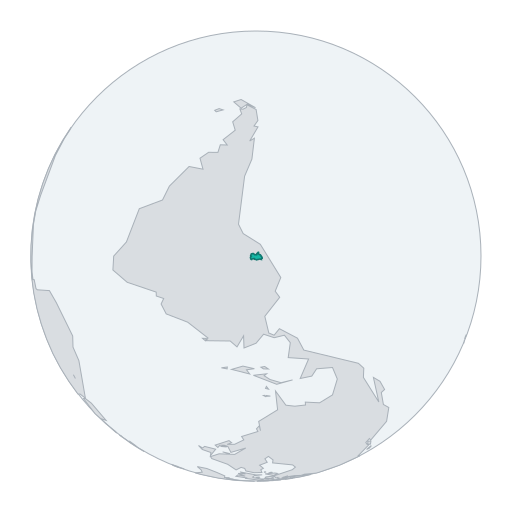 the Earth from above Junín, rotated 180°
{"feature_id": "PER-590", "entity_name": "Junín", "entity_type": "Department", "adm_level": 1, "iso_a3": "PER", "parent_name": "Peru", "parent_adm1": "", "projection": "orthographic", "projection_center": [-74.886, -11.684], "detail": "fine", "context": "on_globe", "style": "filled", "palette": "teal", "viewbox_px": 512, "rotation_deg": 180, "n_neighbors": 0, "source": "natural_earth", "source_scale": "10m", "svg_char_len": 7477}
<svg xmlns="http://www.w3.org/2000/svg" viewBox="0 0 512 512"><g transform="rotate(180 256 256)"><circle cx="256" cy="256" r="225" fill="#eef3f6" stroke="#a8b0b8"/><path d="M193.6,39.5L195.7,38.9L207.6,37.8L211.0,36.6L217.7,36.4L224.1,35.3L224.5,36.1L229.3,34.6L227.8,34.1L229.4,33.5L233.0,33.0L234.1,33.6L232.5,34.0L234.7,34.0L233.7,34.7L236.3,34.0L237.2,35.4L241.7,33.4L247.0,34.0L246.1,35.1L239.1,35.8L219.7,42.3L216.6,44.9L219.4,47.1L239.4,49.1L239.0,52.1L243.6,55.6L247.1,53.2L244.8,49.7L252.4,46.8L248.6,43.7L251.2,42.3L250.1,39.5L257.9,39.3L266.1,41.0L267.3,43.6L270.9,44.6L275.9,42.1L284.3,47.7L300.2,53.4L301.5,55.4L292.9,58.2L277.3,57.6L266.2,64.0L281.1,59.6L284.2,65.6L287.9,66.8L292.3,66.7L294.1,64.5L296.8,66.9L283.0,71.4L280.4,69.3L284.8,67.6L277.4,67.7L268.2,72.1L270.4,75.5L254.1,80.5L255.5,83.2L252.7,86.2L251.5,81.3L253.3,90.6L234.4,102.2L236.5,121.0L226.1,106.8L217.2,105.8L206.5,107.0L206.7,109.9L192.4,109.2L179.5,117.1L174.7,133.0L179.5,144.5L195.4,143.2L200.2,135.9L211.8,133.5L203.4,153.0L223.8,154.4L221.7,169.3L227.6,176.8L237.8,174.3L248.4,177.8L255.9,168.8L268.0,164.0L268.4,176.2L275.0,165.1L281.8,171.0L305.8,171.3L304.0,174.0L324.3,189.8L345.8,198.1L350.9,208.0L348.3,213.5L355.7,216.0L355.8,219.9L384.8,229.7L399.1,242.0L398.3,255.9L385.6,270.0L372.7,303.3L349.5,312.0L342.6,325.9L322.9,345.5L309.0,342.8L312.0,353.8L303.4,359.7L294.1,359.6L291.7,367.2L284.8,367.0L288.9,372.3L276.8,381.8L279.3,390.2L270.3,398.1L272.1,403.0L269.0,402.8L265.6,404.5L265.0,407.2L255.9,402.5L254.1,391.5L258.0,386.0L254.0,385.1L262.3,371.0L257.6,373.8L260.1,352.9L267.4,335.8L273.5,287.8L268.8,278.4L251.7,267.7L231.2,234.5L236.8,220.8L232.3,214.7L247.2,195.7L243.2,179.0L237.9,176.8L232.6,183.3L214.5,173.8L208.2,161.9L153.6,148.7L148.2,143.8L148.6,134.6L133.2,110.0L138.6,134.6L132.0,130.7L127.4,122.5L130.7,119.5L128.6,107.5L123.2,104.5L125.4,90.7L141.3,71.9L142.6,73.5L146.2,69.5L144.9,67.6L143.0,67.4L153.8,56.3L152.0,56.2L172.4,46.8L193.6,39.5ZM45.6,177.6L47.3,172.9L46.9,174.8L45.6,177.6ZM47.9,170.8L47.4,172.2L47.7,171.1L47.9,170.8ZM47.9,170.5L47.6,171.0L47.9,170.5ZM47.6,170.8L47.8,170.4L47.7,170.7L47.6,170.8ZM235.3,127.7L258.6,136.7L245.4,138.2L247.9,136.3L242.0,132.5L231.0,129.3L219.4,132.1L235.3,127.7ZM47.9,169.8L48.0,169.4L48.4,168.5L47.9,169.8ZM245.7,116.5L241.6,115.9L245.6,115.7L245.7,116.5ZM141.5,67.9L144.4,67.9L144.0,70.8L141.1,70.9L141.5,67.9ZM142.9,63.7L145.4,62.6L141.1,66.2L141.0,65.7L142.9,63.7ZM245.9,39.9L248.0,39.7L247.1,40.3L245.9,39.9ZM243.5,39.0L241.0,39.8L239.5,39.6L241.1,39.0L243.5,39.0ZM246.9,38.1L237.2,39.0L234.6,38.6L238.3,36.5L246.9,38.1ZM225.7,34.3L227.5,34.7L222.6,34.9L225.7,34.3ZM222.1,34.7L204.8,37.6L203.9,37.2L209.9,36.1L206.0,36.4L214.2,34.7L218.1,34.1L217.1,34.6L221.0,33.7L222.1,34.7ZM229.6,33.3L226.2,33.7L225.2,33.3L231.9,32.4L230.1,32.8L229.6,33.3ZM212.2,35.0L214.3,34.7L201.0,37.6L201.5,37.4L212.2,35.0ZM232.2,32.6L235.3,32.0L239.1,31.9L232.9,32.9L232.2,32.6ZM222.1,33.6L224.2,33.2L222.1,33.6ZM254.4,31.8L250.3,31.8L249.4,31.5L254.4,31.8ZM236.2,31.9L234.9,32.0L234.1,32.0L236.9,31.6L236.2,31.9ZM223.7,33.1L224.3,33.0L224.7,32.9L226.9,32.6L227.1,32.6L218.7,33.8L221.4,33.4L220.1,33.6L223.7,33.1ZM237.4,31.5L242.2,31.3L250.0,31.0L250.9,31.2L238.2,31.7L237.4,31.5ZM231.3,32.1L235.3,31.7L234.5,31.8L231.3,32.2L231.3,32.1ZM240.2,31.3L240.4,31.3L239.8,31.3L239.4,31.3L240.2,31.3ZM270.9,412.5L256.5,404.3L264.7,407.9L270.9,403.8L278.2,410.1L270.9,412.5ZM288.9,402.1L295.8,400.2L297.3,401.7L292.9,403.4L288.9,402.1ZM416.9,98.3L417.0,98.4L428.5,113.4L426.8,113.6L420.6,108.8L405.9,91.6L411.3,93.4L406.2,88.4L396.0,80.1L398.5,81.7L395.1,78.9L396.1,79.6L416.9,98.3ZM440.8,384.9L442.2,381.9L447.5,373.9L456.6,356.5L471.4,316.6L476.3,300.9L478.6,287.4L479.9,255.3L480.0,239.9L479.0,232.4L477.8,232.3L476.0,223.4L474.7,222.2L462.6,221.4L455.6,209.2L439.3,176.0L439.0,164.9L433.1,151.3L426.6,113.8L431.8,117.9L434.1,118.0L443.3,130.9L451.7,144.4L459.1,158.4L465.4,173.0L470.7,187.9L475.0,203.2L478.2,218.8L480.3,234.5L481.2,250.3L481.0,266.2L479.8,282.0L477.4,297.7L473.9,313.2L469.3,328.4L463.7,343.2L457.1,357.6L449.4,371.5L440.8,384.9ZM436.6,133.5L438.6,137.3L436.6,133.5ZM306.6,171.2L309.5,173.7L305.7,173.6L306.6,171.2ZM243.6,143.0L248.5,143.1L251.1,144.8L247.3,145.5L243.6,143.0ZM284.9,143.1L290.6,144.2L284.7,145.0L284.9,143.1ZM262.3,138.0L280.4,142.6L269.1,145.9L257.6,143.3L265.5,142.2L262.3,138.0ZM243.4,122.8L246.5,123.6L245.6,125.6L243.4,122.8ZM248.6,116.5L247.4,116.7L245.8,115.1L248.6,116.5ZM285.0,65.3L286.1,65.1L290.6,65.5L288.6,66.4L285.0,65.3ZM309.7,62.5L313.5,66.5L309.4,64.0L307.4,65.6L296.3,62.8L301.6,56.3L301.1,59.5L309.7,62.5ZM282.9,58.3L289.4,60.1L282.1,58.4L282.9,58.3ZM374.8,64.9L378.2,66.9L382.0,69.6L382.1,70.6L376.5,66.5L374.8,64.9ZM369.9,61.6L370.2,61.8L374.9,64.7L375.7,65.2L377.5,66.3L392.6,76.9L390.8,76.2L389.2,74.5L386.0,72.4L381.9,69.2L368.1,60.6L367.8,60.4L369.9,61.6ZM333.8,45.2L327.8,43.1L334.2,44.7L339.1,46.6L339.6,47.3L334.1,45.5L333.8,45.2ZM255.5,34.8L252.8,35.0L252.5,34.7L254.5,34.2L255.5,34.8ZM252.6,31.8L267.0,33.7L264.7,34.0L276.0,35.7L274.1,37.1L266.8,35.8L273.9,38.6L266.6,38.1L272.1,40.1L256.1,37.1L249.8,37.2L257.5,36.4L259.4,34.9L258.3,34.3L250.6,33.0L238.0,33.3L237.8,32.5L241.1,31.9L244.1,31.6L243.2,32.1L247.8,31.5L248.9,32.1L252.6,31.8ZM311.3,37.6L315.7,38.8L310.4,37.4L313.1,38.2L316.8,39.1L309.8,39.8L310.9,42.2L314.7,45.4L305.2,43.5L295.5,39.7L287.2,36.1L287.5,34.5L283.1,34.3L282.0,33.6L285.9,34.0L279.1,33.0L279.2,32.7L271.8,31.4L262.0,31.0L259.1,30.8L263.0,30.9L257.3,30.7L258.3,30.7L276.1,31.6L293.8,33.9L311.3,37.6ZM255.1,30.7L250.7,30.9L242.7,31.2L244.9,31.0L245.1,31.0L247.5,30.9L246.4,30.9L255.1,30.7Z" fill="#d9dde1" stroke="#a8b0b8" stroke-width="1"/><path d="M261.6,254.6L261.4,255.1L261.2,255.4L260.8,255.7L260.7,255.8L260.8,255.9L261.0,256.0L261.3,256.2L261.4,256.3L261.3,256.7L260.9,257.3L260.9,257.6L260.9,257.8L260.8,258.0L260.7,258.1L260.1,258.3L259.9,258.3L259.6,258.3L259.4,258.4L259.2,258.3L258.9,258.4L258.9,258.5L258.7,258.5L258.6,258.4L258.4,258.3L258.3,258.2L258.2,258.2L258.0,257.9L257.9,257.8L257.7,257.7L257.5,257.4L257.4,257.4L257.1,257.3L257.1,257.2L256.8,257.2L256.7,257.2L256.7,257.3L256.4,257.4L256.2,257.4L255.9,257.4L255.7,257.4L255.4,257.2L255.3,257.3L255.2,257.3L255.1,257.5L255.3,257.7L255.3,257.8L255.3,258.0L255.2,258.2L255.2,258.3L254.9,258.4L254.9,258.5L255.0,258.5L254.8,258.8L254.6,259.0L254.4,259.1L254.1,259.4L254.1,259.5L253.9,259.7L253.8,259.8L253.6,259.8L253.4,259.7L253.4,259.3L253.5,259.2L253.5,258.9L253.5,258.7L253.4,258.7L253.1,258.1L253.1,257.8L253.1,257.7L252.9,257.6L252.6,257.4L252.4,257.3L252.1,257.2L251.8,257.3L251.7,257.3L251.6,257.2L251.4,256.9L251.2,256.7L250.9,256.3L250.9,256.2L250.9,255.9L250.9,255.7L250.7,255.6L250.4,255.5L250.3,255.4L250.1,254.9L250.1,254.7L249.9,254.6L249.8,254.4L249.8,254.0L249.8,253.7L250.0,253.7L250.6,253.6L250.7,253.4L250.6,253.1L250.6,252.9L250.7,253.0L250.8,253.0L251.0,253.0L251.2,252.9L251.5,252.7L251.6,252.8L252.6,252.9L253.5,252.6L253.8,252.5L254.2,252.5L254.4,252.5L254.5,252.4L255.1,252.3L255.1,252.2L255.3,252.1L255.5,252.1L255.9,252.3L256.2,252.5L256.3,252.5L256.8,252.7L257.5,252.7L257.5,253.1L257.6,253.3L257.7,253.5L257.8,253.5L258.1,253.5L258.2,253.4L258.3,253.4L258.6,253.4L258.8,253.3L259.0,253.2L259.3,253.2L259.5,253.2L259.8,253.2L260.2,252.7L260.3,252.4L260.5,252.4L260.8,252.5L261.0,252.6L261.1,252.8L261.2,253.0L261.4,253.3L261.4,253.5L261.3,254.0L261.4,254.3L261.5,254.5L261.6,254.6Z" fill="#14b8a6" stroke="#0f766e" stroke-width="1.5"/></g></svg>